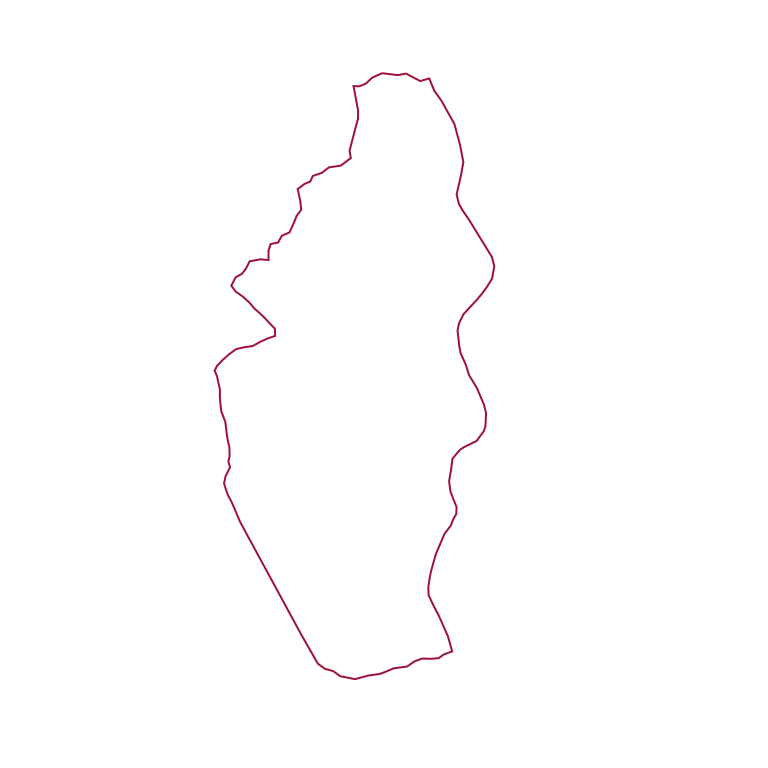 Nazária, Piauí, Brazil (Robinson projection), rotated 141°
{"feature_id": "56859067B86808637592511", "entity_name": "Nazária", "entity_type": "district", "adm_level": 2, "iso_a3": "BRA", "parent_name": "Brazil", "parent_adm1": "Piauí", "projection": "robinson", "projection_center": [-42.873, -5.44], "detail": "fine", "context": "isolated", "style": "outline", "palette": "rose", "viewbox_px": 768, "rotation_deg": 141, "n_neighbors": 0, "source": "geoboundaries", "source_scale": "gbopen_adm2", "svg_char_len": 1858}
<svg xmlns="http://www.w3.org/2000/svg" viewBox="0 0 768 768"><g transform="rotate(141 384 384)"><path d="M156.6,593.0L165.2,596.6L171.5,611.3L178.9,615.4L189.9,626.7L200.2,629.5L209.2,628.9L215.7,630.8L220.2,634.7L232.0,612.9L237.4,606.4L244.0,601.7L263.9,587.0L267.6,580.5L280.1,580.9L290.5,587.0L299.3,587.2L308.4,590.5L313.8,587.8L319.9,589.5L328.4,589.8L334.3,578.2L338.7,571.5L346.2,569.6L351.8,566.4L362.0,561.3L370.2,563.5L377.3,560.6L384.0,564.1L389.9,560.3L395.7,553.0L401.5,558.6L411.2,563.9L418.6,560.6L425.0,559.0L432.0,560.3L440.8,556.5L441.1,549.0L438.8,541.2L437.4,532.2L437.2,524.2L435.9,516.4L435.2,510.6L434.6,502.6L434.0,495.6L438.3,489.9L445.9,492.7L453.4,494.6L462.3,496.2L469.8,500.7L477.0,504.2L486.0,504.6L494.5,504.2L502.3,503.2L507.2,501.0L508.8,495.3L511.8,489.5L514.9,483.1L519.9,477.0L523.6,471.6L527.8,464.8L531.2,454.3L537.1,445.0L540.7,438.9L543.9,432.2L549.3,425.2L553.8,421.6L556.0,416.2L565.2,412.0L570.8,407.5L573.3,401.4L575.3,395.6L576.6,388.6L578.4,381.9L582.6,367.5L606.1,240.9L611.4,208.2L609.2,199.9L604.2,192.9L601.9,184.5L592.3,172.9L579.5,167.2L569.9,161.4L563.4,159.2L555.3,156.9L543.9,149.9L535.1,149.3L527.3,146.7L520.2,140.7L514.0,136.5L507.7,136.2L499.3,133.3L493.1,147.7L487.1,169.8L485.2,179.7L482.3,191.6L477.6,198.0L470.5,204.6L465.3,208.9L450.9,219.1L431.2,229.5L421.0,232.0L415.7,235.2L409.7,237.5L405.2,242.4L400.1,258.5L394.6,267.5L385.7,275.3L377.8,282.9L366.5,285.1L361.1,284.5L347.9,281.5L336.2,284.5L331.7,287.4L323.0,297.2L319.3,305.0L314.3,322.6L312.3,337.3L308.2,347.9L304.9,360.2L301.2,366.8L293.1,379.4L287.3,384.1L278.3,388.2L259.5,390.9L251.6,392.4L243.1,394.6L233.7,397.9L224.1,406.2L220.2,414.8L214.5,458.8L213.7,469.0L212.5,476.7L208.3,485.6L193.0,497.6L182.7,506.5L174.6,521.6L165.7,541.7L161.2,567.4L160.3,580.5L156.6,593.0Z" fill="none" stroke="#9f1239" stroke-width="2"/></g></svg>